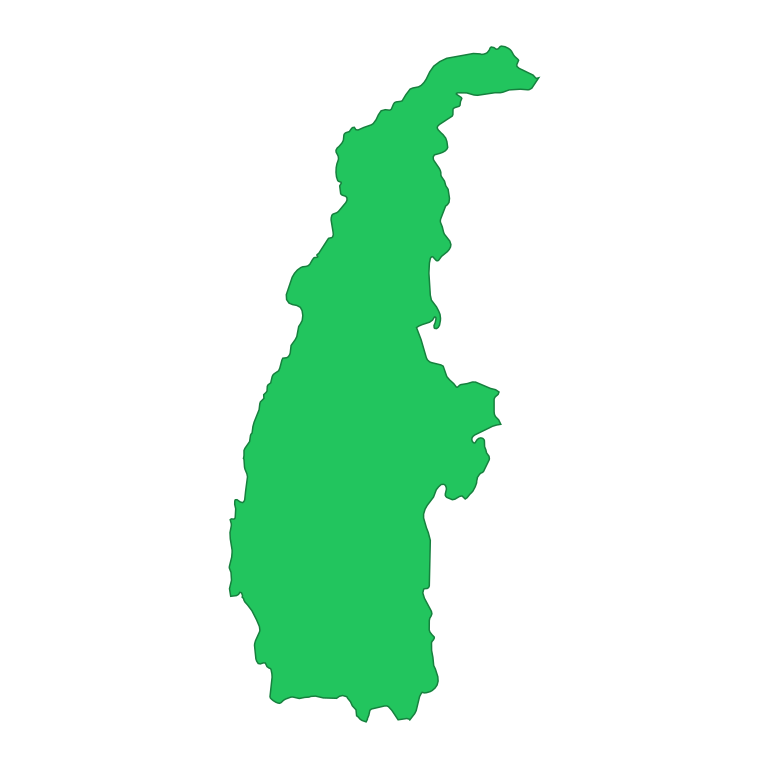 the border of Sagaing
{"feature_id": "MMR-3302", "entity_name": "Sagaing", "entity_type": "Division", "adm_level": 1, "iso_a3": "MMR", "parent_name": "Myanmar", "parent_adm1": "", "projection": "robinson", "projection_center": [95.526, 24.485], "detail": "fine", "context": "isolated", "style": "filled", "palette": "green", "viewbox_px": 768, "rotation_deg": 0, "n_neighbors": 0, "source": "natural_earth", "source_scale": "10m", "svg_char_len": 6074}
<svg xmlns="http://www.w3.org/2000/svg" viewBox="0 0 768 768"><path d="M501.3,46.1L505.0,46.7L508.5,48.4L510.2,49.7L511.5,51.2L513.6,55.0L514.8,56.5L518.0,59.4L518.6,60.3L516.8,64.6L516.9,66.4L519.2,68.4L533.1,75.1L535.5,77.8L536.6,78.4L538.7,77.8L531.8,88.2L529.3,89.6L528.0,89.8L520.3,89.2L509.2,89.9L502.9,92.2L500.4,92.7L495.0,92.7L477.5,95.3L474.0,95.0L466.7,92.9L457.9,92.8L456.4,93.4L456.4,94.2L461.3,97.5L461.8,98.5L460.5,101.5L460.0,105.3L459.1,106.3L454.9,107.6L453.7,108.3L453.0,109.2L452.9,114.5L452.3,116.0L439.4,124.5L437.6,126.3L437.2,127.8L437.9,129.5L441.0,132.8L443.0,134.6L445.7,138.1L446.9,141.6L447.7,147.4L447.0,149.0L445.3,150.8L442.7,152.3L440.0,153.3L434.4,154.9L433.2,157.0L433.4,159.4L433.9,160.5L439.3,168.4L440.3,170.5L440.8,172.3L440.9,175.2L441.4,176.5L444.5,181.1L445.8,185.8L448.1,189.3L449.5,198.4L449.0,202.4L447.4,204.7L445.6,206.1L440.6,219.1L440.3,221.0L440.5,222.4L442.3,226.9L443.6,232.3L444.4,234.2L449.8,241.1L450.9,244.6L450.5,247.0L449.3,249.3L447.4,251.6L441.5,256.4L438.7,260.2L437.9,260.7L436.9,260.8L436.1,260.4L433.0,257.0L432.3,256.7L431.5,256.9L430.4,258.2L429.4,263.0L428.9,273.2L430.3,295.2L431.4,300.1L436.5,306.9L438.7,311.1L440.0,314.4L440.5,318.2L440.4,320.4L439.5,325.2L438.3,327.3L436.6,328.6L434.8,328.4L434.2,327.8L434.0,325.5L435.2,322.6L436.0,318.8L435.8,317.4L434.8,316.9L434.3,317.2L432.5,320.1L429.6,322.2L422.2,324.6L418.7,326.1L416.5,327.6L421.1,339.7L426.3,357.6L427.4,359.9L429.7,361.9L431.5,362.6L440.9,364.9L443.2,366.2L446.8,376.6L449.6,379.9L453.7,383.6L456.4,387.1L457.5,387.2L459.8,385.1L460.9,384.6L467.2,383.6L472.5,382.0L475.6,382.1L490.4,388.4L495.6,389.7L499.0,392.0L498.1,394.4L495.2,396.9L494.5,398.1L494.1,399.3L494.1,411.7L494.4,414.3L495.4,416.5L498.7,419.9L500.8,424.3L496.7,425.0L492.4,426.3L474.7,435.0L473.1,436.3L472.1,437.7L471.8,439.3L472.1,440.9L473.3,442.6L474.2,443.0L475.1,442.8L477.0,439.8L478.7,438.4L480.6,437.9L481.9,438.1L482.9,438.5L484.1,439.8L484.4,440.7L484.6,446.7L485.8,449.7L486.6,453.0L489.0,456.2L489.4,458.8L489.1,460.0L483.5,471.5L482.5,472.4L480.9,473.1L479.6,474.2L477.3,477.6L477.3,478.5L476.7,480.9L476.6,482.9L475.2,486.8L472.9,491.1L471.5,492.7L469.9,494.2L467.1,497.7L465.2,499.0L462.1,496.0L461.0,496.1L459.4,496.5L454.9,499.2L452.3,499.7L446.8,497.4L445.9,496.5L445.3,495.4L445.3,493.9L446.4,489.3L446.3,487.7L445.4,485.4L444.2,484.5L443.4,484.3L441.1,484.5L438.5,486.9L436.3,489.7L433.5,497.1L427.2,505.4L425.1,509.1L423.6,514.0L423.6,518.0L426.4,527.7L428.3,532.6L430.3,540.4L429.3,585.6L429.0,586.8L428.3,587.8L427.1,588.5L424.7,588.7L423.7,589.1L422.8,592.9L424.4,598.2L431.4,611.3L431.9,613.8L431.1,616.0L429.8,618.2L429.3,620.5L429.2,629.9L429.9,632.0L431.8,634.5L434.2,637.0L434.3,638.0L433.5,639.7L431.9,641.6L431.5,642.9L431.6,650.5L432.9,657.4L433.7,665.5L435.4,669.1L437.8,676.7L438.1,681.1L437.1,685.0L435.0,688.1L432.2,690.5L430.2,691.6L426.5,692.7L424.2,692.9L422.2,692.3L421.2,693.5L419.6,696.5L416.2,710.6L414.7,713.6L409.8,719.9L409.1,719.1L406.8,718.5L398.1,719.8L391.8,710.3L388.4,706.6L386.7,705.9L384.4,706.0L371.5,709.0L369.9,710.3L368.8,715.3L367.4,718.7L367.4,719.4L366.1,721.9L361.9,720.4L360.1,719.2L358.0,716.8L356.6,715.8L356.0,709.8L352.3,705.8L350.5,701.8L347.6,698.2L346.8,696.7L342.6,695.5L339.4,696.3L336.6,698.3L323.3,697.9L315.5,696.1L310.9,696.4L309.0,697.1L304.8,697.4L299.3,698.5L292.8,697.0L290.9,697.1L285.5,699.1L283.5,700.3L281.1,702.6L279.6,703.3L277.8,703.0L275.8,702.2L273.2,700.6L271.3,699.0L270.4,698.0L270.0,696.6L272.1,677.2L271.9,673.8L271.0,669.4L270.3,668.5L269.1,668.1L267.0,666.6L265.3,663.0L263.3,662.9L260.3,663.9L258.2,663.5L256.6,661.0L255.9,658.9L254.5,645.3L254.7,643.6L255.5,640.7L259.5,631.9L259.9,630.3L259.4,626.5L256.6,619.9L251.9,610.7L247.6,605.0L245.0,602.1L244.0,600.3L243.5,598.4L242.2,597.3L242.5,595.5L241.5,592.8L239.9,592.3L238.5,594.4L236.5,595.6L230.7,596.3L229.5,588.7L231.5,580.2L231.0,572.4L229.3,567.9L229.4,566.4L231.7,557.1L232.1,552.4L232.1,550.1L230.3,538.9L230.0,532.6L231.3,525.8L231.3,523.8L230.2,519.7L231.3,518.9L233.8,519.1L234.7,518.6L235.2,517.6L235.7,508.8L234.7,504.3L234.8,500.9L235.3,499.8L237.0,499.7L240.3,502.0L242.7,502.6L244.0,501.4L244.7,499.8L245.6,491.2L247.5,476.8L246.9,473.8L245.0,469.2L244.5,467.1L244.0,459.4L243.4,458.2L243.7,457.8L244.0,455.4L244.0,450.5L245.0,448.2L249.6,441.6L250.5,435.4L251.0,434.2L252.1,432.9L252.9,426.6L254.1,422.2L259.1,409.7L259.8,403.8L260.4,401.9L263.9,398.4L263.7,394.7L266.1,392.4L267.0,391.0L267.3,386.3L268.0,384.9L270.7,382.9L272.1,376.9L272.8,375.2L274.0,373.9L278.6,370.8L279.8,368.1L281.9,360.1L282.8,358.2L286.7,357.7L288.1,356.9L289.4,355.2L290.2,353.2L291.1,345.4L295.2,339.7L296.8,336.6L298.7,326.5L300.3,324.1L302.2,320.5L302.8,315.5L302.1,310.6L300.3,307.3L296.7,305.4L292.6,304.6L289.0,303.1L286.6,299.6L286.3,294.7L292.2,277.2L294.5,273.3L297.4,270.0L300.7,267.6L302.6,266.8L306.1,266.4L308.0,265.8L309.8,264.3L312.4,259.8L313.8,257.9L314.7,257.5L316.7,257.4L317.7,256.9L317.7,256.4L316.9,255.3L317.0,254.7L318.8,253.3L327.9,239.2L328.6,238.3L331.8,237.6L332.6,236.9L333.3,234.8L333.1,232.2L331.1,220.0L331.2,217.8L331.9,215.2L333.0,214.1L336.8,212.7L338.4,211.5L345.9,202.5L347.0,200.2L346.9,197.7L345.7,196.3L342.1,195.1L340.7,193.8L339.7,185.9L341.3,183.1L341.0,182.2L338.5,181.3L337.7,180.5L336.5,176.9L336.0,172.3L336.2,167.6L336.9,163.9L338.3,159.9L338.5,158.2L338.1,155.9L336.1,152.1L336.0,150.2L337.3,147.9L338.9,146.6L341.9,143.1L342.9,141.3L343.4,140.0L343.9,135.1L344.2,134.2L345.2,133.1L346.1,132.6L349.3,131.6L351.6,128.4L352.5,127.6L354.3,127.3L355.9,129.7L358.1,130.0L363.7,127.5L371.4,124.8L373.2,123.6L376.1,119.7L378.4,114.8L381.1,110.8L385.3,109.7L389.7,110.2L391.3,109.3L393.5,104.1L394.6,102.6L396.2,101.9L400.9,101.3L402.2,100.8L405.8,94.8L410.1,89.1L412.8,88.0L418.5,86.9L421.2,85.4L424.0,82.5L426.2,79.2L429.8,71.8L433.7,66.2L439.8,61.6L446.7,58.3L473.3,53.5L480.0,53.9L481.5,54.4L483.6,54.2L485.7,53.5L487.3,52.6L489.3,50.0L490.1,48.0L491.2,47.0L494.0,47.6L496.2,49.2L497.5,49.1L498.5,48.5L500.1,46.6L501.3,46.1Z" fill="#22c55e" stroke="#15803d" stroke-width="1.5"/></svg>